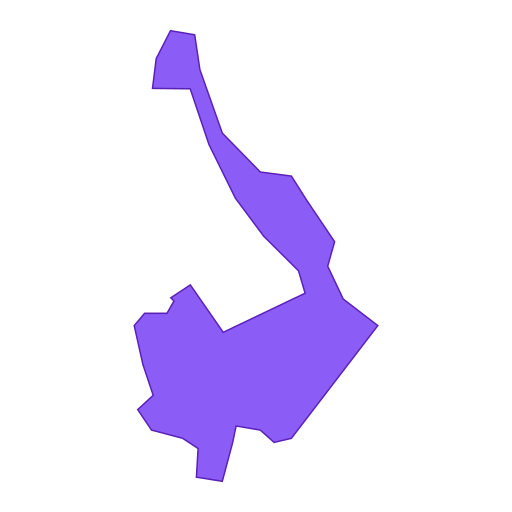 the District of Plaines Wilhems
{"feature_id": "MUS-5188", "entity_name": "Plaines Wilhems", "entity_type": "District", "adm_level": 1, "iso_a3": "MUS", "parent_name": "Mauritius", "parent_adm1": "", "projection": "natural_earth1", "projection_center": [57.506, -20.307], "detail": "fine", "context": "isolated", "style": "filled", "palette": "violet", "viewbox_px": 512, "rotation_deg": 0, "n_neighbors": 0, "source": "natural_earth", "source_scale": "10m", "svg_char_len": 606}
<svg xmlns="http://www.w3.org/2000/svg" viewBox="0 0 512 512"><path d="M377.8,325.6L291.4,438.3L274.1,442.4L260.3,430.1L236.1,426.0L232.7,442.4L222.3,481.3L196.4,477.2L198.1,448.5L182.6,438.3L151.5,430.1L137.7,409.6L153.2,395.3L142.9,364.5L134.2,325.6L144.6,313.3L167.0,313.3L174.0,301.0L170.8,297.8L190.3,284.9L223.2,332.3L305.1,293.2L298.5,270.8L263.7,236.2L235.4,198.2L209.0,144.6L190.2,88.8L152.5,88.4L156.2,58.6L170.5,30.7L194.7,34.8L199.9,69.6L222.3,133.1L260.3,172.0L291.4,176.1L307.0,200.7L334.6,241.7L327.7,266.2L343.2,299.0L377.8,325.6Z" fill="#8b5cf6" stroke="#5b21b6" stroke-width="1.5"/></svg>